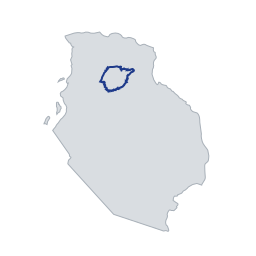 location of Ulanga, Morogoro, United Republic of Tanzania, rotated 199°
{"feature_id": "72390352B93515871634078", "entity_name": "Ulanga", "entity_type": "district", "adm_level": 2, "iso_a3": "TZA", "parent_name": "United Republic of Tanzania", "parent_adm1": "Morogoro", "projection": "albers", "projection_center": [36.287, -9.043], "detail": "fine", "context": "in_parent", "style": "outline", "palette": "blue", "viewbox_px": 256, "rotation_deg": 199, "n_neighbors": 0, "source": "geoboundaries", "source_scale": "gbopen_adm2", "svg_char_len": 7675}
<svg xmlns="http://www.w3.org/2000/svg" viewBox="0 0 256 256"><g transform="rotate(199 128 128)"><path d="M97.3,177.3L94.7,175.9L92.3,175.1L90.4,174.2L89.5,173.3L87.7,172.9L86.1,172.8L84.7,172.0L81.7,171.7L81.3,171.2L81.3,169.9L80.7,169.6L79.7,169.3L78.5,169.3L77.8,169.5L77.3,169.4L76.4,168.7L75.5,167.8L75.1,166.3L73.7,165.3L72.1,164.6L67.7,164.7L67.1,164.5L66.0,163.8L64.8,162.6L63.8,161.1L62.9,159.2L61.9,156.6L56.7,146.3L56.2,144.3L55.2,142.2L53.5,139.5L51.8,137.6L49.4,135.8L46.8,134.1L45.3,132.9L42.5,128.0L41.9,125.7L41.5,123.4L41.6,122.4L43.3,119.3L43.4,118.5L43.2,117.3L42.3,114.9L41.2,112.0L38.9,106.6L38.6,105.3L38.6,104.2L39.8,98.8L39.7,98.0L44.8,98.0L48.5,95.6L51.7,91.9L52.3,90.4L53.6,88.1L54.8,86.9L55.3,86.2L56.0,83.9L57.7,82.3L59.3,81.1L59.0,80.2L59.2,79.9L60.1,79.3L61.9,78.7L62.2,77.5L62.2,76.2L61.9,75.4L61.9,74.5L61.6,74.1L60.5,73.9L58.8,73.3L57.3,73.0L56.3,72.7L56.0,72.4L55.8,71.6L56.6,69.5L55.8,68.6L57.5,65.1L57.8,64.7L58.5,64.7L59.5,64.3L60.4,64.1L61.2,64.2L61.8,64.1L62.3,63.7L62.7,62.5L63.0,60.5L62.8,58.9L62.0,57.7L61.8,55.8L62.1,53.3L61.8,51.2L61.0,49.6L60.1,48.6L58.8,48.1L56.8,45.6L56.1,44.4L56.2,43.6L56.9,43.3L58.2,43.4L59.4,43.1L60.5,42.3L61.6,42.1L62.2,42.2L113.4,41.7L173.0,74.4L173.3,74.8L173.7,77.6L173.6,78.6L172.7,80.2L172.4,81.1L172.4,81.7L172.6,81.9L173.4,82.0L174.1,82.4L174.3,82.7L174.8,83.9L175.5,84.5L197.9,100.8L198.4,101.1L198.1,102.4L196.8,105.7L196.7,107.1L196.2,108.7L195.7,109.7L194.4,114.3L193.3,116.1L191.8,120.1L191.5,123.2L192.3,125.4L192.6,127.5L194.3,129.5L195.7,130.2L196.6,131.1L198.3,133.2L199.2,135.3L202.2,136.4L203.3,138.7L202.9,140.3L201.5,141.7L200.2,143.8L199.1,146.7L199.1,151.0L199.8,150.4L201.3,151.5L201.5,154.7L199.8,158.4L199.3,160.1L199.2,161.6L200.4,166.1L202.1,168.4L202.0,169.1L201.5,169.7L204.5,173.8L204.2,177.3L205.4,180.0L205.8,182.4L206.6,184.2L206.7,185.5L205.7,186.9L207.9,187.2L209.2,188.4L209.8,189.5L211.4,189.4L212.3,190.2L213.5,190.8L216.2,192.7L217.0,193.6L217.4,194.5L209.8,200.2L207.1,201.6L205.1,202.3L203.0,202.6L201.0,203.5L199.2,204.9L196.8,205.6L193.9,205.6L190.8,206.6L186.0,209.5L183.2,207.9L181.0,207.3L178.5,207.4L176.9,207.6L176.4,207.9L175.9,208.9L175.5,210.6L173.8,212.2L170.9,213.7L168.2,214.2L165.8,213.9L164.1,213.2L163.2,212.3L162.0,211.9L160.3,212.0L158.7,212.6L157.1,213.8L154.7,214.3L151.3,214.2L149.5,213.6L149.2,212.6L147.8,211.4L145.1,210.1L143.1,210.1L141.8,211.3L140.6,212.2L139.6,212.5L138.6,212.5L137.2,212.2L133.5,212.1L130.0,212.1L129.6,210.3L128.9,209.1L128.2,208.5L127.0,208.3L126.7,207.8L126.3,206.6L125.6,205.7L124.8,204.9L124.4,204.1L124.2,203.4L124.3,202.7L125.1,200.8L125.3,199.5L125.2,198.1L124.8,196.8L123.9,195.1L124.0,194.7L123.7,193.6L123.7,192.8L123.9,191.8L123.7,190.5L123.0,187.8L123.0,187.1L122.2,185.8L119.8,182.7L119.7,182.3L116.0,179.2L114.5,178.5L114.0,179.1L113.8,179.7L113.9,180.7L113.8,181.2L113.7,181.4L112.8,181.4L112.2,181.3L110.8,180.4L109.7,180.2L107.0,180.4L106.1,180.6L105.3,180.4L103.9,179.0L102.2,178.7L100.7,178.7L98.2,177.1L97.3,177.3ZM202.6,125.0L203.8,128.4L203.7,129.1L202.8,129.5L202.4,129.5L201.8,129.0L201.4,127.8L200.8,128.1L199.7,126.7L198.6,126.6L197.6,124.9L198.0,123.5L197.8,121.0L199.0,119.8L199.7,117.7L200.5,119.1L200.6,121.4L201.6,124.0L202.6,125.0ZM208.8,104.6L208.9,105.4L208.6,106.2L208.6,108.6L208.5,110.2L207.6,112.5L206.8,113.2L206.2,113.0L205.6,112.6L205.2,112.0L206.1,107.9L205.7,104.9L207.4,105.2L208.8,104.6ZM205.8,154.2L205.0,154.4L204.6,154.2L204.1,153.5L205.0,152.9L205.9,151.8L208.0,150.2L209.0,148.9L208.9,150.2L207.7,152.9L206.6,153.1L205.8,154.2Z" fill="#d9dde1" stroke="#a8b0b8" stroke-width="1"/><path d="M169.4,162.8L167.2,162.9L166.7,162.9L166.5,163.2L166.5,163.6L166.2,163.7L166.0,163.8L165.7,163.9L165.1,163.6L164.9,163.5L164.7,162.8L164.9,162.1L164.7,161.8L164.8,161.2L164.5,161.0L164.4,161.0L164.2,161.0L163.9,161.4L163.7,161.3L163.5,161.1L163.4,160.7L163.5,159.8L163.4,159.3L163.0,159.1L161.8,159.1L161.8,158.8L161.6,158.8L161.5,158.7L161.2,158.7L161.0,158.3L160.8,158.2L160.7,158.1L160.8,157.7L161.0,157.4L160.9,157.4L160.7,157.2L160.3,156.9L160.0,157.0L159.9,157.0L159.6,156.9L159.4,157.1L159.2,156.9L159.2,157.1L158.7,157.2L158.3,157.3L158.2,157.2L157.9,157.4L157.8,157.2L157.6,157.1L157.6,157.3L157.4,157.4L157.4,157.2L157.2,157.4L157.0,157.5L156.9,157.5L156.6,157.7L156.2,157.7L156.0,157.8L155.7,157.8L155.7,158.0L155.3,158.0L155.3,158.3L155.2,158.4L155.2,158.2L155.1,158.3L155.1,158.5L154.8,158.7L154.7,158.5L154.4,158.5L154.4,158.4L154.3,158.6L154.2,158.6L154.2,158.9L153.8,159.0L153.7,159.1L153.5,159.3L153.4,159.3L153.2,159.4L153.0,159.5L152.7,159.6L152.4,159.7L152.5,159.8L152.3,159.8L152.2,160.0L152.1,160.4L152.2,160.5L152.0,160.8L151.9,160.7L151.7,161.0L151.7,160.9L151.6,161.0L151.5,161.3L151.4,161.3L151.1,161.4L151.0,161.5L150.8,161.5L150.7,161.6L150.4,161.8L150.5,161.7L150.4,161.6L150.2,161.7L149.9,161.6L149.7,161.7L149.7,161.9L149.6,162.0L149.6,162.3L149.4,162.4L149.5,162.5L149.4,162.5L149.2,162.9L149.1,163.0L148.9,163.3L148.6,163.5L148.4,163.8L148.2,163.9L148.0,164.0L147.9,164.0L147.7,164.2L147.6,164.5L147.4,164.5L147.0,164.9L146.5,165.5L146.4,165.6L146.4,165.8L146.2,166.2L146.2,166.4L146.0,166.5L145.8,167.1L145.8,167.4L145.6,167.5L145.6,167.8L145.5,168.2L145.4,168.5L145.5,168.6L145.4,168.8L145.3,169.0L145.1,169.3L145.1,169.6L145.0,170.0L144.9,170.1L144.7,170.5L144.4,170.7L144.5,170.9L144.5,171.0L144.5,171.3L144.8,171.4L144.7,171.5L144.8,171.6L144.7,171.6L144.8,171.7L144.9,171.8L144.8,172.0L145.0,172.3L145.0,172.5L144.9,172.6L145.0,172.7L145.0,172.9L145.1,173.1L145.1,173.5L144.9,173.6L144.6,173.9L144.6,174.0L144.4,174.0L144.4,174.4L144.4,174.5L144.8,174.4L145.0,174.5L145.0,174.8L145.1,175.2L145.0,175.4L145.1,175.6L145.2,175.8L145.2,176.2L145.5,176.7L145.5,176.9L145.5,177.2L145.6,177.3L145.4,177.8L145.3,177.7L145.3,177.8L145.1,177.9L144.7,178.2L144.6,178.5L144.4,178.7L144.0,179.4L143.9,179.8L143.7,180.4L143.5,180.8L143.4,181.3L143.1,181.7L142.9,182.0L142.5,182.3L142.4,182.3L142.1,182.5L142.0,182.8L141.9,182.8L141.7,183.0L141.6,183.3L141.4,183.4L141.3,183.7L141.2,183.9L141.4,184.0L141.4,184.5L141.6,184.5L141.8,184.5L142.2,184.7L142.3,184.9L142.5,185.2L142.8,185.3L143.4,184.9L144.0,184.7L144.6,183.9L145.2,183.6L145.2,183.4L145.4,183.3L145.5,183.4L145.7,183.2L146.2,183.0L146.3,182.9L146.5,182.9L146.7,182.7L146.9,182.6L147.0,182.7L147.2,182.4L147.3,182.4L147.7,182.4L147.6,182.7L147.7,182.8L147.8,182.7L147.8,182.9L147.8,183.0L147.9,182.9L148.0,183.1L148.3,183.1L148.5,183.0L148.8,183.0L148.9,182.9L149.0,182.9L149.1,182.7L149.1,182.8L149.4,182.8L150.0,182.7L150.0,182.8L150.3,182.8L150.5,182.8L150.8,182.8L151.0,182.9L151.2,182.7L151.3,182.8L151.5,182.6L151.7,182.2L151.8,182.1L152.5,181.9L152.8,181.7L153.0,181.5L153.0,181.3L153.0,181.2L153.1,181.3L153.2,181.2L153.4,181.0L153.4,180.8L153.6,180.8L153.5,180.5L153.6,180.3L153.8,180.3L153.8,180.2L153.8,180.4L153.9,180.8L153.8,181.0L153.7,181.0L153.6,181.3L153.8,181.6L154.1,181.6L154.2,181.8L154.4,181.9L154.3,182.1L154.4,182.3L154.3,182.5L154.5,182.9L154.6,183.6L155.0,183.6L155.4,183.4L155.8,183.1L156.1,182.7L156.7,182.7L157.0,182.6L157.3,182.6L157.6,182.7L158.2,182.7L158.7,182.6L160.8,181.4L162.3,180.7L164.1,180.1L164.6,179.9L166.4,178.9L166.6,178.5L166.7,178.4L166.9,178.5L166.9,178.4L166.7,178.3L166.8,178.0L166.9,177.9L166.7,177.8L166.8,177.7L166.8,177.3L167.0,177.1L166.8,177.0L166.9,176.9L167.0,176.8L166.9,176.7L166.9,176.4L167.0,176.4L167.0,176.2L167.2,175.8L167.4,175.6L167.4,175.4L167.5,175.3L167.6,175.1L167.5,174.9L167.8,174.8L167.7,174.7L167.7,174.3L167.8,173.8L167.9,173.4L168.3,172.7L168.5,172.1L168.5,170.7L168.8,169.0L169.0,167.6L169.0,167.2L168.8,166.3L168.8,165.5L168.9,164.7L169.3,163.3L169.4,162.8Z" fill="none" stroke="#1e3a8a" stroke-width="2"/></g></svg>